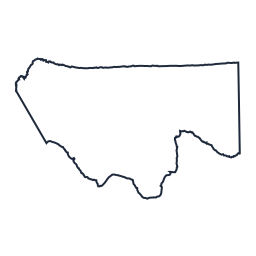 Choll, Palau, rotated 269°
{"feature_id": "81905179B4066449576994", "entity_name": "Choll", "entity_type": "district", "adm_level": 2, "iso_a3": "PLW", "parent_name": "Palau", "parent_adm1": "", "projection": "albers", "projection_center": [134.635, 7.673], "detail": "fine", "context": "isolated", "style": "outline", "palette": "slate", "viewbox_px": 256, "rotation_deg": 269, "n_neighbors": 0, "source": "geoboundaries", "source_scale": "gbopen_adm2", "svg_char_len": 5789}
<svg xmlns="http://www.w3.org/2000/svg" viewBox="0 0 256 256"><g transform="rotate(269 128 128)"><path d="M191.5,239.4L191.4,237.0L191.2,235.7L191.6,235.0L191.2,233.3L191.2,232.6L191.3,231.4L191.4,230.0L191.5,228.5L190.9,227.1L190.8,223.5L190.7,221.2L190.5,218.6L190.5,217.1L190.3,216.2L190.1,214.3L189.8,211.9L190.0,209.5L189.7,208.0L190.0,205.9L189.4,204.5L189.5,203.4L189.6,201.8L189.3,199.2L189.4,198.1L189.3,196.5L189.3,195.2L189.5,194.3L189.6,193.0L189.4,191.7L189.4,190.7L189.5,188.2L189.1,182.7L189.1,180.3L189.1,179.2L189.3,178.3L189.4,176.4L189.3,175.3L189.4,173.9L189.4,172.5L189.4,170.7L189.3,167.6L189.2,166.5L189.3,164.8L189.2,163.0L189.2,161.4L189.2,159.3L189.7,158.5L189.6,157.2L189.7,155.3L190.0,153.4L189.3,151.9L189.4,151.3L189.5,149.7L189.7,148.3L189.7,145.3L189.9,143.7L189.9,141.2L189.9,138.8L189.7,136.8L189.7,135.4L190.2,134.9L190.2,133.6L189.7,132.6L189.5,131.1L189.5,130.0L189.1,128.6L189.5,127.1L189.3,126.3L189.8,125.7L189.8,124.8L189.2,120.0L189.4,119.5L189.1,117.6L189.4,115.6L189.0,113.7L188.9,112.3L188.8,111.0L188.6,108.4L188.9,107.1L188.8,105.7L188.6,104.2L189.2,102.8L189.2,101.7L189.1,100.8L188.5,98.9L188.8,98.1L189.2,97.3L188.8,96.8L188.9,95.1L188.5,94.3L188.7,93.3L188.6,92.7L188.7,91.8L188.7,90.5L188.4,88.4L188.5,85.9L188.7,83.3L189.0,82.0L188.8,80.6L189.2,78.2L189.8,75.3L190.2,74.1L190.5,72.8L189.6,71.6L189.8,70.7L190.3,70.1L190.3,69.3L190.8,68.7L191.0,66.9L191.5,66.0L192.3,64.4L192.5,63.5L192.0,63.1L192.4,62.2L192.3,61.5L192.6,61.1L192.6,60.4L192.1,60.0L193.0,58.8L192.9,57.7L193.4,56.3L194.0,55.2L194.8,54.7L194.8,54.0L194.7,53.4L195.2,51.9L195.7,51.8L196.0,51.1L196.0,50.2L194.9,49.5L195.4,48.6L195.6,47.3L196.3,47.3L197.2,47.3L197.2,46.6L197.3,45.8L196.8,44.8L197.0,44.3L197.7,44.5L198.0,44.3L198.4,43.6L198.4,42.9L198.2,42.4L197.7,42.1L197.9,41.8L198.6,41.4L198.6,40.1L198.7,39.5L199.0,38.7L198.6,38.4L198.4,37.8L198.0,36.6L197.0,35.3L196.4,34.1L195.3,33.8L194.0,33.8L193.3,33.2L192.8,32.2L191.8,31.5L190.5,30.7L189.5,30.1L189.1,29.4L188.4,29.3L187.3,29.0L186.4,28.9L186.3,28.4L185.8,28.0L185.3,28.0L184.9,28.3L183.7,28.1L183.3,28.5L183.1,28.3L182.9,27.6L182.5,27.6L181.8,27.1L180.9,26.6L180.2,26.5L180.1,26.0L179.7,25.5L178.9,25.1L179.5,24.7L180.2,24.6L180.3,25.0L180.5,25.1L180.9,25.2L181.1,24.9L181.1,24.5L180.6,24.3L180.6,23.9L181.1,23.6L181.5,23.3L181.8,22.9L181.8,22.5L181.9,22.2L181.8,21.7L181.1,21.5L181.1,21.1L180.8,20.7L180.6,20.4L180.4,20.0L179.4,19.9L179.2,19.4L178.8,19.5L178.4,19.8L178.3,19.3L177.7,19.0L177.2,18.6L176.8,18.1L176.3,17.7L175.8,17.0L175.1,17.1L174.6,16.6L173.8,16.8L173.2,16.7L172.9,17.3L172.1,17.2L172.5,16.9L171.7,16.8L171.3,17.1L170.4,17.0L169.5,16.8L167.9,17.0L167.7,16.7L167.4,16.6L166.9,16.8L166.6,16.8L166.5,17.1L114.3,46.2L114.9,46.7L116.1,48.2L116.3,49.9L115.9,51.0L115.2,52.5L114.9,54.1L114.7,54.5L114.0,56.0L113.4,57.2L113.0,58.1L112.5,58.3L111.4,59.9L110.4,61.3L110.0,62.8L109.1,63.1L108.4,63.6L107.5,64.6L106.7,64.7L106.4,65.2L106.0,65.3L105.2,65.9L104.8,66.2L104.5,67.4L103.5,67.3L102.3,67.6L100.3,68.6L98.8,70.2L98.0,71.6L98.9,73.4L98.0,73.9L96.2,72.8L94.3,73.7L92.9,75.3L91.8,76.0L89.9,76.7L88.8,77.4L88.6,78.1L87.3,78.6L86.2,79.7L85.5,80.0L84.5,80.3L84.2,80.8L83.6,80.8L83.2,82.0L82.4,82.7L81.8,82.8L81.2,83.4L80.2,83.7L79.8,84.0L79.6,84.7L79.7,85.9L79.6,86.6L78.7,87.2L78.2,87.6L78.1,88.4L77.6,89.0L77.5,90.0L77.0,91.0L76.7,91.7L76.6,92.4L76.9,92.8L76.7,93.7L76.4,94.1L76.3,95.4L75.2,95.5L74.0,95.8L72.7,96.7L71.3,96.8L70.2,97.3L70.1,98.5L70.7,99.1L70.4,99.9L70.9,101.1L71.8,102.0L73.1,103.3L75.3,105.1L77.3,106.5L79.1,108.0L80.3,109.7L81.6,111.5L81.8,113.0L81.5,114.1L81.3,115.1L80.9,116.8L80.9,117.7L80.4,118.6L80.0,120.4L79.5,121.4L79.2,122.8L78.9,123.9L78.5,124.3L78.1,125.1L77.6,126.4L77.6,127.6L77.3,129.1L76.8,129.8L76.3,130.8L76.1,131.8L74.8,132.1L72.9,132.4L71.8,132.7L70.7,133.7L69.3,134.4L68.0,135.2L67.9,136.1L67.1,136.2L65.8,136.2L64.6,136.8L63.0,137.4L62.3,138.5L61.3,139.3L60.3,140.1L58.9,141.0L58.3,141.9L57.8,142.7L57.8,144.0L57.5,145.0L57.0,146.0L57.2,146.7L57.6,147.2L58.0,148.9L58.0,150.9L58.1,151.4L58.1,151.9L58.2,152.8L58.0,153.7L58.0,154.7L58.7,155.5L59.0,156.8L59.2,158.1L60.6,159.4L62.3,160.1L67.0,160.7L68.4,160.8L69.5,159.7L69.8,160.2L71.1,160.3L72.0,160.5L73.3,161.8L75.2,162.7L75.9,162.8L76.8,163.2L78.0,163.8L78.9,164.5L79.6,165.0L80.0,165.5L80.2,166.3L80.2,167.4L80.4,168.6L80.9,169.3L81.7,169.7L82.8,169.7L83.4,169.1L83.4,170.4L83.0,172.3L83.0,174.4L84.1,175.0L85.5,175.8L86.5,176.0L87.4,176.0L88.3,176.7L89.3,176.4L92.0,175.9L93.4,176.2L95.9,176.3L97.1,176.1L98.4,176.8L99.3,176.8L103.7,176.3L104.8,176.1L106.5,176.7L107.1,176.5L108.3,177.0L108.9,176.3L109.8,176.3L112.5,175.4L113.6,175.3L114.6,175.0L115.4,174.7L117.3,174.8L117.8,175.5L117.5,175.7L117.8,176.0L118.7,176.1L118.8,176.7L118.3,177.1L118.5,178.5L119.3,179.4L120.3,179.9L121.3,180.3L122.1,180.3L123.0,180.2L123.6,179.9L124.2,180.0L123.8,180.7L123.7,181.6L123.9,182.6L123.8,183.4L124.2,184.1L124.2,184.5L123.6,185.5L123.0,186.5L123.0,187.2L122.7,187.6L122.7,188.6L123.3,189.8L122.9,190.0L122.9,191.1L122.2,191.8L122.5,192.4L121.5,193.0L120.6,193.8L120.0,194.0L119.5,194.6L119.0,194.8L118.8,195.7L118.4,196.2L118.0,197.1L118.0,197.8L117.3,198.4L116.8,199.4L116.3,199.5L115.5,200.2L114.5,200.9L113.3,201.9L113.2,202.7L112.7,203.0L112.8,203.7L112.3,204.1L112.1,204.8L111.8,205.2L112.1,206.2L111.4,206.1L110.8,206.5L110.8,207.8L110.1,208.9L109.7,210.1L109.4,211.2L108.6,211.5L107.0,212.4L106.3,213.0L105.5,213.2L104.3,214.6L104.2,215.3L103.5,215.9L102.0,217.2L100.6,219.3L99.7,221.2L100.1,222.7L98.9,223.4L98.9,224.3L98.7,225.7L98.0,226.4L98.0,227.0L97.7,227.6L98.1,228.6L97.2,229.1L96.8,230.7L97.4,231.5L97.3,232.8L98.1,233.3L97.9,234.3L98.5,234.8L98.8,235.8L99.3,236.6L99.9,236.8L100.5,237.4L101.2,238.6L99.8,239.3L148.3,239.4L191.5,239.4Z" fill="none" stroke="#1e293b" stroke-width="2"/></g></svg>